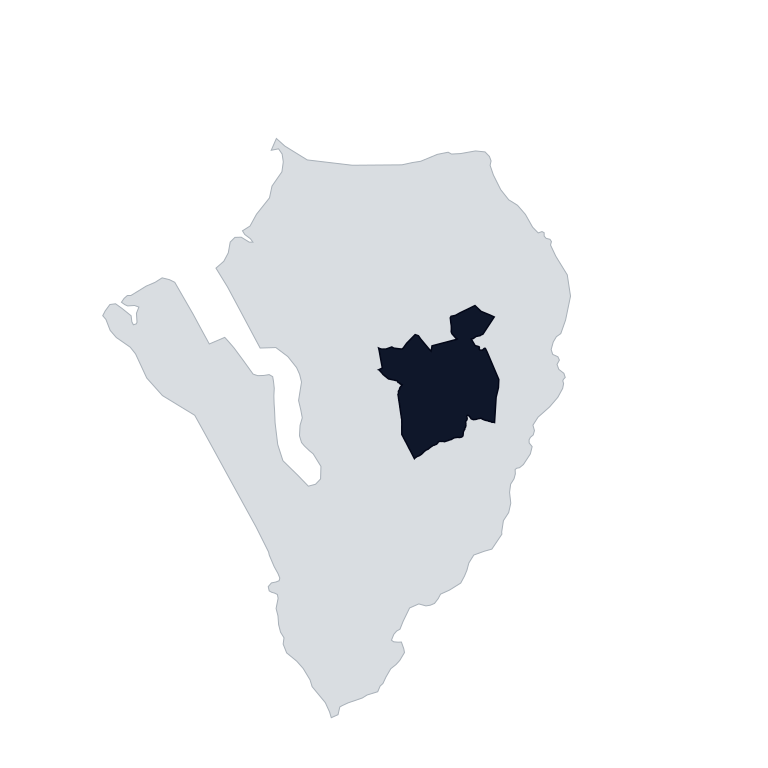 location of Ranerou, Matam, Senegal, rotated 61°
{"feature_id": "50182788B34306626760019", "entity_name": "Ranerou", "entity_type": "district", "adm_level": 2, "iso_a3": "SEN", "parent_name": "Senegal", "parent_adm1": "Matam", "projection": "robinson", "projection_center": [-14.026, 15.106], "detail": "fine", "context": "in_parent", "style": "filled", "palette": "ink", "viewbox_px": 768, "rotation_deg": 61, "n_neighbors": 0, "source": "geoboundaries", "source_scale": "gbopen_adm2", "svg_char_len": 8728}
<svg xmlns="http://www.w3.org/2000/svg" viewBox="0 0 768 768"><g transform="rotate(61 384 384)"><path d="M572.5,353.7L580.7,369.7L578.9,377.3L577.1,388.4L581.7,396.6L587.1,401.8L591.0,406.7L595.3,413.4L596.0,426.8L595.2,436.4L598.0,440.7L600.4,446.2L599.9,450.8L598.4,454.9L593.2,460.2L592.3,470.2L600.8,482.3L606.2,488.9L606.2,492.7L607.7,496.8L611.7,501.7L614.2,500.5L616.8,496.6L618.1,493.9L625.3,495.1L628.8,496.3L633.4,504.2L635.2,509.5L636.3,516.1L641.2,524.3L645.4,530.1L646.3,533.8L650.1,538.7L647.8,549.6L648.1,555.2L645.5,569.8L645.0,576.8L645.1,579.3L650.9,584.5L650.3,591.9L644.5,590.6L634.3,589.8L613.9,593.6L606.9,592.1L593.6,592.6L584.1,594.7L572.0,599.5L562.6,598.3L557.5,594.5L550.9,594.8L543.3,592.8L535.3,589.1L528.0,587.2L520.1,580.5L516.4,579.3L513.8,581.1L511.6,583.3L509.3,584.7L505.1,583.5L503.4,578.9L504.8,574.4L505.2,571.1L503.2,569.2L498.3,568.6L490.5,568.6L478.0,567.3L475.1,566.4L447.0,565.2L417.9,565.1L393.2,565.0L362.0,564.8L340.1,564.7L319.6,564.7L303.8,573.7L286.7,583.4L263.7,588.6L237.2,586.7L228.8,588.1L220.0,592.4L213.6,595.6L204.4,597.5L192.7,595.9L187.9,596.9L184.9,592.4L181.6,585.2L183.7,579.9L190.9,576.5L201.7,572.1L207.4,574.4L210.7,574.5L211.3,571.6L210.3,570.1L202.1,566.2L197.9,561.1L194.4,564.1L191.4,570.4L188.8,572.3L185.2,574.0L183.1,569.8L182.2,565.6L183.9,562.4L183.1,544.5L184.1,534.9L183.6,526.6L188.7,521.1L193.6,517.7L212.5,517.4L230.1,517.1L247.0,517.3L264.3,517.4L266.0,500.7L271.5,499.4L279.7,497.7L294.9,495.7L311.9,493.7L315.5,490.4L318.3,484.9L320.1,479.9L323.6,477.8L328.4,479.5L334.6,482.1L341.0,486.1L348.4,489.9L353.4,492.2L365.2,498.1L385.4,506.3L402.1,509.6L422.2,503.6L436.7,499.7L438.5,492.5L436.3,485.5L425.5,479.1L410.7,479.8L406.2,481.6L399.4,483.7L395.2,484.5L388.3,483.0L379.5,477.5L374.0,471.9L366.2,469.3L357.0,466.7L342.3,455.2L334.6,453.1L327.3,452.5L313.4,454.8L299.7,460.9L292.5,474.9L278.8,474.7L249.8,474.2L223.2,473.8L201.2,474.8L199.0,464.6L193.8,456.6L185.3,449.7L183.5,443.3L186.4,437.7L194.6,433.1L196.4,429.9L192.2,430.4L185.7,433.3L181.4,433.5L180.9,424.6L173.7,413.2L165.7,393.9L156.6,386.0L148.9,370.4L140.9,364.4L133.5,361.6L127.2,362.2L124.9,369.3L117.1,359.1L127.8,355.4L150.8,342.5L177.3,305.7L201.0,262.1L204.1,251.8L207.0,243.9L209.0,226.1L212.4,215.5L215.6,213.5L219.6,205.3L224.5,191.0L230.0,183.1L236.1,181.5L240.8,182.2L244.2,185.2L254.2,187.0L270.7,187.7L283.4,185.6L292.4,180.6L304.2,178.1L318.9,178.0L326.6,175.9L327.3,171.9L329.3,170.6L332.3,172.2L335.2,171.6L337.9,168.7L340.6,168.5L343.2,171.0L355.5,171.8L377.4,170.8L397.6,178.3L416.1,194.2L425.6,204.9L426.2,210.3L429.3,215.6L434.9,221.1L439.9,222.1L444.5,218.7L448.1,219.0L450.8,223.2L456.0,224.0L461.9,221.5L466.1,222.3L466.9,224.8L467.9,226.1L470.7,226.7L474.5,229.9L479.9,238.4L484.3,250.2L487.7,265.4L492.2,273.7L497.7,275.0L500.9,278.2L501.6,281.8L503.2,284.2L505.9,285.6L510.6,284.8L516.1,289.9L522.0,301.1L522.9,306.1L522.0,308.8L522.4,310.8L526.3,312.7L530.0,316.3L533.0,321.8L539.6,326.7L549.7,330.9L556.9,337.3L561.4,345.8L570.6,352.9L572.5,353.7Z" fill="#d9dde1" stroke="#a8b0b8" stroke-width="1"/><path d="M471.3,306.0L450.0,292.4L442.7,285.7L435.7,281.4L406.0,278.3L402.0,278.1L401.6,278.6L401.5,278.9L401.5,279.3L402.1,281.4L402.2,281.6L402.2,281.8L401.7,282.2L401.5,282.5L401.0,283.4L400.8,283.7L400.6,283.8L400.0,283.8L399.6,283.9L399.3,283.9L399.1,283.7L398.9,283.2L398.5,283.0L398.1,282.8L397.5,282.8L396.6,283.6L394.6,285.7L393.9,285.7L386.9,285.9L386.9,285.7L387.0,285.2L387.5,284.2L387.5,283.9L387.4,282.8L387.1,280.9L387.1,280.6L387.1,280.4L387.2,279.9L387.4,279.4L388.0,277.3L388.3,276.7L388.3,276.4L388.2,275.5L388.1,275.1L388.1,274.8L388.2,274.6L388.4,273.4L378.8,255.1L375.0,257.9L367.5,263.9L359.5,266.4L358.6,283.2L358.6,288.3L357.3,292.5L358.3,294.0L359.9,294.6L362.4,295.7L365.7,296.9L368.7,298.5L370.9,299.9L373.0,300.2L375.2,299.7L379.3,298.8L380.5,297.5L373.9,323.5L376.1,325.2L378.1,326.9L375.5,327.6L362.5,330.1L358.5,330.5L355.9,332.8L359.3,344.3L361.9,349.8L362.1,351.5L357.4,358.0L355.4,359.2L354.4,365.3L352.4,369.1L351.1,370.4L349.9,371.3L352.4,372.0L362.0,375.3L369.2,377.7L369.0,381.6L369.2,381.4L369.3,381.4L369.6,381.4L370.0,381.3L370.5,381.2L371.0,381.0L371.3,381.0L371.9,380.8L372.2,380.8L372.6,380.7L373.4,380.5L373.6,380.4L374.9,380.3L375.1,380.2L375.3,380.2L375.8,380.0L376.1,379.8L376.6,379.7L376.8,379.5L377.0,379.5L377.4,379.3L377.7,379.3L377.9,379.1L378.2,379.0L379.3,378.6L379.5,378.4L379.8,378.4L380.0,378.3L380.6,378.1L381.1,377.8L381.4,377.7L381.6,377.7L381.8,377.6L382.1,377.1L382.2,376.9L382.4,376.8L382.6,376.6L382.8,376.4L383.1,375.9L383.3,375.8L383.4,375.6L383.5,375.6L383.9,375.1L384.2,374.7L384.7,374.2L384.9,373.9L385.2,373.6L385.3,373.4L385.7,373.0L385.9,372.9L386.2,372.4L386.4,372.3L386.5,372.2L386.8,371.9L387.1,371.4L387.3,371.3L387.4,371.1L387.6,370.8L387.7,370.7L387.8,370.7L388.4,370.9L388.9,371.0L389.5,370.9L389.6,370.7L390.2,370.3L390.4,370.1L390.7,370.1L390.8,370.0L391.0,370.0L391.0,369.8L391.3,369.8L391.4,369.7L391.6,369.8L392.0,369.7L392.4,369.3L392.8,369.0L393.1,369.0L393.3,368.9L393.5,368.6L394.0,369.4L394.1,369.6L394.1,370.1L394.2,370.3L394.8,371.6L394.9,371.8L395.0,371.9L395.1,372.1L395.4,372.3L395.9,372.9L396.3,373.0L396.5,373.2L397.0,374.5L397.4,374.9L397.7,375.0L397.9,375.3L398.2,375.2L398.8,375.5L399.0,375.6L399.5,376.2L399.6,376.5L399.8,376.8L400.9,377.2L401.2,377.2L401.4,377.3L402.2,377.7L402.5,377.7L403.0,377.9L403.2,378.1L403.4,378.1L403.8,378.3L404.7,378.6L404.9,378.7L405.2,378.9L406.1,379.1L406.5,379.3L406.8,379.4L407.2,379.5L407.3,379.6L407.6,379.6L407.9,379.8L408.5,379.9L408.7,380.1L408.9,380.1L409.4,380.4L410.7,380.8L411.1,381.0L411.3,381.1L411.5,381.2L412.6,381.6L412.9,381.7L413.2,381.8L413.6,381.9L414.0,382.1L414.4,382.3L414.8,382.4L415.2,382.6L416.4,383.0L416.6,383.1L416.8,383.2L417.4,383.4L418.9,384.0L419.1,384.0L419.6,384.2L420.3,384.5L420.8,384.6L421.5,385.0L423.1,385.5L423.4,385.5L425.7,386.8L428.0,388.0L430.2,389.3L436.8,392.9L439.4,392.9L441.0,393.0L443.1,393.0L444.5,393.1L445.4,393.0L447.2,393.1L450.7,393.2L451.5,393.3L452.4,393.3L454.9,393.3L464.0,393.6L463.8,393.2L463.8,392.5L463.6,391.9L463.6,391.6L463.6,391.2L463.5,390.5L463.5,389.7L463.6,389.4L463.7,388.8L463.8,387.7L463.7,387.5L463.8,387.2L463.7,387.0L463.7,386.4L463.6,385.2L463.5,384.7L463.2,384.0L463.1,383.2L462.8,382.5L462.7,382.0L462.3,380.1L462.2,379.2L462.3,377.9L462.4,377.3L462.4,376.7L462.2,375.9L462.0,375.2L461.9,373.9L461.7,373.1L461.7,372.7L461.7,372.0L461.6,371.5L461.5,371.1L461.5,370.7L461.8,370.1L461.8,369.9L461.9,369.6L461.8,369.2L462.0,368.4L462.1,367.7L462.1,367.0L462.0,366.7L461.7,366.2L461.7,365.8L461.4,365.2L461.0,364.6L461.0,364.2L461.0,363.7L461.3,363.0L461.5,362.5L462.1,361.6L462.4,360.8L462.9,360.2L463.0,359.9L463.4,359.4L463.7,359.3L463.8,359.1L463.8,358.8L464.0,358.2L464.2,356.9L464.3,356.5L464.5,355.5L464.6,355.2L464.5,354.5L464.6,354.2L464.8,353.9L464.9,352.7L465.2,352.2L465.1,351.9L465.2,351.4L465.1,350.9L465.1,350.7L465.1,350.1L465.1,348.8L465.5,347.7L465.6,347.1L465.9,346.6L466.1,346.1L466.3,345.5L466.6,345.1L467.0,344.5L467.4,344.0L467.5,343.5L467.7,343.1L467.8,342.5L467.9,342.4L468.0,341.9L467.9,341.7L468.0,341.4L467.9,340.9L467.8,340.6L467.7,340.2L466.9,339.5L466.4,339.2L465.9,338.9L465.3,338.4L464.7,338.1L464.4,337.9L464.2,337.5L463.7,337.0L463.3,336.4L463.2,336.2L462.9,335.8L462.9,335.7L462.8,335.4L462.6,335.3L462.5,335.1L462.0,334.9L461.9,334.8L461.7,334.6L461.4,334.0L461.3,333.7L461.1,333.5L460.8,333.2L460.4,332.9L460.2,332.6L459.2,332.2L458.5,331.7L458.2,331.6L457.9,331.4L457.7,331.3L457.0,331.2L456.9,331.2L456.2,330.5L456.0,330.2L456.0,329.8L455.9,329.7L455.8,329.3L455.5,328.9L455.4,328.7L455.2,328.6L455.0,328.4L454.9,328.3L454.7,328.1L454.4,328.0L453.7,327.7L453.4,327.7L452.9,327.5L452.6,327.5L452.3,327.3L452.2,327.1L451.8,326.5L451.9,326.1L452.2,325.7L452.3,325.6L452.5,325.3L453.0,325.2L453.3,325.1L453.9,325.0L454.0,324.9L454.3,324.9L454.6,324.8L454.8,324.8L455.5,324.7L455.9,324.6L456.3,324.7L456.7,324.6L456.9,324.4L457.3,324.2L457.5,324.0L457.6,323.8L457.8,323.7L458.3,323.3L458.5,323.1L458.7,322.8L458.7,322.6L459.4,321.1L459.4,320.8L459.6,320.5L459.7,320.1L459.7,319.8L459.8,319.3L460.0,318.4L460.2,317.8L460.4,317.4L460.5,317.3L460.7,316.2L460.9,316.1L461.0,315.7L461.3,315.5L461.7,315.2L461.9,315.0L462.5,314.7L462.6,314.8L462.7,314.6L463.0,314.5L463.2,314.3L463.4,314.2L464.4,313.4L464.5,313.2L465.0,312.8L465.2,312.6L465.6,312.2L465.9,311.6L466.2,311.2L466.5,311.1L466.8,310.8L467.0,310.7L467.3,310.5L467.4,310.2L467.6,310.1L467.7,309.9L467.8,309.7L468.2,309.5L468.4,309.3L468.6,308.7L468.8,308.6L469.2,308.5L469.4,308.3L469.6,308.3L469.7,308.2L469.9,308.1L470.0,307.8L470.3,307.1L470.5,306.8L470.9,306.4L471.1,306.2L471.3,306.0Z" fill="#0f172a" stroke="#020617" stroke-width="1.5"/></g></svg>